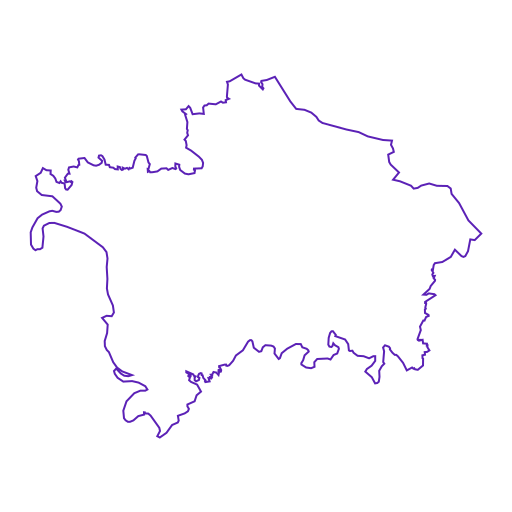 outline of Faridpur, Dhaka, Bangladesh
{"feature_id": "16705992B67131385183639", "entity_name": "Faridpur", "entity_type": "district", "adm_level": 2, "iso_a3": "BGD", "parent_name": "Bangladesh", "parent_adm1": "Dhaka", "projection": "mercator", "projection_center": [89.785, 23.466], "detail": "fine", "context": "isolated", "style": "outline", "palette": "violet", "viewbox_px": 512, "rotation_deg": 0, "n_neighbors": 0, "source": "geoboundaries", "source_scale": "gbopen_adm2", "svg_char_len": 6034}
<svg xmlns="http://www.w3.org/2000/svg" viewBox="0 0 512 512"><path d="M367.8,136.4L358.7,132.1L346.4,129.5L322.5,123.0L318.7,120.5L316.4,116.9L311.3,112.6L304.5,109.8L296.2,108.9L290.3,101.4L274.9,76.8L266.8,80.0L261.4,80.9L261.1,82.0L262.5,84.2L262.2,86.9L263.4,88.3L262.8,89.4L259.0,85.6L259.1,83.6L255.6,83.4L245.1,79.7L243.4,78.3L241.4,74.5L229.7,81.3L227.0,81.8L227.9,84.5L226.9,96.6L227.1,97.7L228.9,98.8L225.7,100.1L226.0,102.3L222.9,102.7L221.0,101.5L215.8,104.3L208.6,103.6L206.7,105.3L204.5,105.5L203.1,107.5L203.8,113.9L199.4,113.4L192.6,114.2L190.2,107.8L188.6,106.1L185.9,109.3L181.4,109.6L182.3,111.3L186.0,114.1L185.1,114.7L187.4,122.1L186.9,128.9L187.7,130.2L187.2,132.9L188.0,135.3L184.5,139.6L185.8,141.0L186.6,145.2L186.1,147.7L191.1,150.6L198.9,156.7L201.9,159.8L203.1,162.9L202.7,166.4L201.6,168.3L194.0,168.6L193.9,169.7L195.0,170.4L194.5,173.1L188.5,174.3L184.9,173.6L180.2,170.0L179.1,166.8L179.3,164.7L175.4,163.5L175.3,166.4L176.2,168.5L175.5,169.1L172.4,168.0L168.2,169.9L166.5,168.3L161.3,168.6L157.4,171.4L152.6,172.2L150.2,172.3L149.4,171.1L147.9,171.8L147.7,169.0L148.4,169.2L149.8,164.1L148.5,162.5L146.8,156.0L145.7,155.0L139.4,154.3L138.1,154.4L135.3,157.6L135.7,158.3L134.4,160.8L132.7,167.7L130.4,168.5L129.5,167.9L128.7,169.3L127.0,167.9L124.9,168.7L122.8,167.7L123.0,169.5L121.9,170.0L120.5,168.9L119.9,167.1L117.7,166.5L117.8,169.4L115.0,169.1L113.3,167.7L109.8,167.2L109.0,164.9L105.7,164.7L104.5,159.6L102.4,156.1L101.0,155.3L99.0,155.6L98.5,157.6L102.1,160.8L101.7,162.8L99.0,164.8L96.1,165.7L93.6,165.3L87.8,162.4L84.5,158.0L78.6,158.7L78.0,159.5L78.9,161.1L79.3,164.8L78.4,165.1L77.3,167.4L73.7,166.5L69.0,167.4L68.3,169.8L69.5,173.7L67.8,173.7L64.9,177.7L65.9,180.4L64.8,180.5L65.4,181.8L66.5,182.2L70.0,181.3L70.7,181.9L71.4,181.2L72.4,182.0L71.6,185.0L67.6,189.7L66.1,189.5L65.1,188.1L64.6,183.5L61.6,182.8L60.6,181.3L59.4,183.0L56.5,181.9L55.3,178.5L53.3,175.8L50.5,174.0L50.7,170.5L46.4,170.2L42.9,168.1L40.7,172.8L35.7,176.1L37.4,181.1L36.2,187.7L37.1,191.2L41.7,195.0L52.4,196.3L60.4,203.7L61.8,206.6L60.6,210.1L58.8,211.7L56.3,211.9L52.3,210.8L49.5,211.3L42.1,214.6L37.6,218.2L32.4,227.4L30.7,232.3L31.0,244.6L33.4,248.7L35.5,250.2L37.4,249.2L40.0,249.2L42.4,247.7L43.5,236.5L42.6,228.4L43.9,225.7L49.3,223.0L54.4,222.9L67.0,226.8L84.5,233.6L102.9,247.3L106.5,252.1L107.5,258.5L106.7,267.0L107.4,279.0L106.9,288.4L108.0,294.4L112.9,305.5L113.9,312.5L111.7,316.2L106.6,315.8L102.1,317.9L107.7,324.6L107.1,333.1L104.7,341.0L104.9,346.2L106.8,350.0L108.9,352.1L113.2,362.2L117.1,367.6L122.2,371.4L132.0,375.1L128.3,376.2L124.2,375.7L120.8,373.5L116.2,368.6L114.0,371.0L114.8,373.8L117.6,377.8L123.3,381.6L132.1,381.1L138.6,382.6L145.3,386.2L147.4,389.5L145.2,390.7L140.3,390.7L134.3,393.2L126.5,401.3L123.3,410.7L124.0,418.2L125.6,420.3L127.9,421.8L130.0,421.8L133.4,420.4L138.3,416.1L144.1,414.6L144.0,412.3L144.8,412.4L144.8,413.4L148.3,413.6L150.6,415.6L159.3,427.8L160.0,431.0L157.3,436.2L159.8,437.5L166.5,432.8L172.1,425.0L177.8,422.5L178.7,420.6L177.9,415.8L184.7,413.4L187.9,411.3L188.9,408.9L187.4,406.3L187.4,404.5L194.6,401.3L196.6,395.3L201.0,391.6L197.1,384.6L191.0,381.9L189.1,380.2L189.9,377.5L188.3,376.0L188.7,375.5L190.6,376.0L190.7,375.1L186.3,372.4L186.3,371.3L193.3,374.4L193.9,375.8L195.6,376.4L194.6,377.7L194.7,380.2L196.1,381.3L198.9,380.0L199.4,377.9L198.0,377.1L198.3,375.3L199.1,373.8L200.7,373.1L201.6,373.4L201.7,375.1L202.6,375.3L203.3,377.9L205.5,380.3L204.9,381.1L205.4,382.1L209.6,381.4L208.5,378.1L210.6,378.4L210.2,377.3L211.7,377.8L212.1,377.1L211.2,376.2L212.0,375.5L211.2,374.7L212.2,374.6L213.5,372.0L216.4,372.6L218.5,375.0L219.3,371.3L218.5,371.2L218.6,370.0L219.8,369.9L220.1,371.8L220.9,371.6L221.2,370.1L220.1,367.8L219.2,367.4L219.1,366.1L224.7,364.6L226.1,364.6L226.3,365.7L227.5,365.9L229.2,365.2L233.1,360.8L235.9,355.5L242.9,350.3L248.1,341.6L250.1,340.1L251.4,340.2L252.4,341.4L253.8,347.7L259.0,351.8L261.3,351.2L262.8,347.3L265.4,345.2L271.1,345.6L273.5,346.5L274.9,348.5L274.5,353.5L278.7,359.0L279.9,358.2L281.7,353.2L287.2,348.7L295.9,344.0L300.8,344.1L302.3,347.3L306.7,348.8L308.3,350.3L308.7,351.6L304.6,355.3L303.1,360.3L301.3,363.2L301.4,364.5L306.1,367.5L311.1,368.2L314.5,366.8L314.3,362.2L317.2,359.0L327.6,358.5L330.5,359.5L333.6,355.0L337.2,353.5L338.9,348.8L338.4,347.2L334.9,345.2L333.3,343.3L332.4,346.1L331.4,347.0L329.4,346.6L328.3,344.6L328.7,337.8L330.1,333.0L331.5,331.3L332.9,331.2L335.8,334.9L335.3,336.1L345.1,339.5L348.2,344.1L348.9,350.4L349.9,351.0L352.4,350.7L353.6,352.8L357.6,355.8L363.6,356.2L369.1,358.3L373.3,356.2L375.2,356.2L375.2,360.9L371.6,365.7L366.9,369.0L365.3,371.6L371.8,377.2L375.1,383.4L377.3,383.0L378.8,381.7L379.5,376.9L379.2,370.8L381.8,366.2L384.3,363.7L383.2,362.0L384.1,351.3L383.1,347.5L385.0,345.3L388.9,346.7L390.1,348.3L389.9,349.4L392.4,352.7L394.8,354.9L396.3,354.9L397.9,356.3L403.1,362.9L406.8,370.4L412.1,367.5L413.4,368.7L414.2,368.2L415.0,369.3L417.8,369.8L423.0,365.5L423.1,358.7L422.5,358.2L422.4,355.3L425.0,354.7L424.7,352.1L427.1,351.9L429.4,350.4L427.4,347.2L427.5,345.4L426.8,345.5L426.9,343.7L423.1,343.4L422.6,339.8L419.0,340.7L418.5,340.4L419.1,339.9L417.8,339.9L417.5,339.2L420.8,330.1L420.0,326.6L423.3,320.5L424.5,320.6L426.1,317.0L428.7,315.9L428.5,314.9L425.0,313.0L424.9,309.4L425.8,308.7L425.3,307.5L426.2,303.8L426.1,303.1L425.1,303.0L425.1,301.9L435.5,295.2L434.4,294.2L428.8,293.4L426.4,294.8L423.4,294.6L429.6,288.9L430.7,286.0L435.0,280.8L435.1,279.8L433.7,278.3L434.7,275.9L433.5,276.0L433.4,277.1L432.7,275.8L432.3,274.4L433.4,272.9L431.7,270.0L431.9,269.5L432.9,269.9L433.7,265.1L434.9,263.2L442.3,262.0L450.8,256.9L454.9,249.7L461.5,256.1L463.5,256.9L465.3,256.1L468.0,251.2L470.3,239.4L474.7,240.1L481.3,233.6L468.4,220.4L459.1,203.1L451.6,193.9L450.7,188.5L447.4,186.0L436.9,185.8L429.2,183.5L421.2,185.6L417.7,187.9L413.7,188.6L411.0,185.7L400.0,181.3L393.1,179.7L399.0,172.5L390.7,164.6L389.2,162.0L388.2,154.6L393.8,151.9L393.0,148.5L391.0,144.8L392.0,140.6L383.0,140.0L367.8,136.4Z" fill="none" stroke="#5b21b6" stroke-width="2"/></svg>